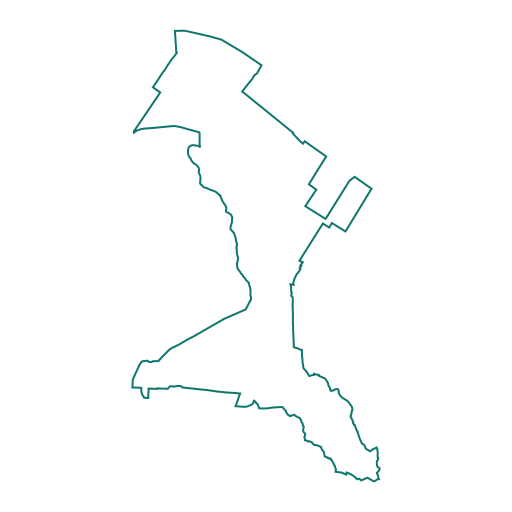 outline of Jijila, Tulcea, Romania
{"feature_id": "2599482B36076163507486", "entity_name": "Jijila", "entity_type": "district", "adm_level": 2, "iso_a3": "ROU", "parent_name": "Romania", "parent_adm1": "Tulcea", "projection": "mercator", "projection_center": [28.171, 45.34], "detail": "fine", "context": "isolated", "style": "outline", "palette": "teal", "viewbox_px": 512, "rotation_deg": 0, "n_neighbors": 0, "source": "geoboundaries", "source_scale": "gbopen_adm2", "svg_char_len": 6076}
<svg xmlns="http://www.w3.org/2000/svg" viewBox="0 0 512 512"><path d="M261.5,65.3L242.3,52.1L221.3,39.6L209.9,36.4L184.6,30.7L174.9,30.9L175.8,44.5L176.0,46.4L176.2,51.7L176.9,52.7L175.3,54.9L171.0,60.3L167.4,65.7L165.2,69.4L162.5,72.8L158.3,79.3L152.9,87.3L160.2,92.4L157.3,96.9L133.9,131.3L134.0,132.6L136.7,130.6L142.0,128.9L144.1,128.6L153.5,127.9L171.4,126.2L174.6,126.0L180.6,127.1L188.2,129.3L198.9,132.2L199.3,132.6L199.6,133.2L199.6,133.9L199.6,144.2L199.7,145.4L200.1,146.7L199.7,146.9L199.2,146.2L198.8,146.0L193.0,145.1L191.8,145.3L190.0,146.1L188.9,147.2L188.2,149.0L188.0,149.8L188.1,153.6L188.7,156.2L189.1,156.8L190.4,158.0L190.6,158.4L190.9,159.5L192.6,162.2L194.2,163.6L196.1,164.7L197.5,166.2L198.5,167.5L198.8,168.2L199.0,170.2L199.0,170.8L198.8,171.6L198.8,172.7L200.4,176.2L200.4,180.1L200.1,182.0L200.1,183.4L200.9,184.6L201.8,185.3L202.7,186.4L203.9,187.3L206.8,188.1L210.5,189.9L214.0,191.0L215.5,191.7L216.9,192.7L218.6,194.3L220.4,195.6L220.2,196.1L220.7,196.8L222.3,200.8L225.5,205.8L225.8,206.1L226.4,208.1L226.3,209.1L225.9,210.7L226.0,211.7L228.7,213.0L231.0,214.7L231.4,215.3L231.5,215.9L232.2,217.2L232.3,217.7L232.1,218.5L232.0,219.7L232.0,221.3L231.8,222.6L230.6,226.7L230.4,228.4L230.7,229.4L233.2,232.1L234.0,233.2L234.8,235.4L235.7,238.4L235.9,240.6L236.7,242.7L237.0,243.9L237.0,244.7L236.9,245.9L236.5,246.3L236.4,247.0L236.7,249.5L236.7,250.3L236.9,251.9L236.8,252.8L237.4,255.7L237.9,257.1L238.1,258.6L238.0,259.5L237.5,261.2L237.3,262.7L236.8,263.8L237.5,268.4L237.7,268.8L240.1,271.8L240.9,273.4L241.9,274.3L243.6,277.0L244.9,278.3L246.6,280.7L248.5,282.4L250.2,288.3L250.6,291.7L250.4,293.9L250.5,295.7L250.8,296.4L251.1,298.4L250.7,300.5L250.3,300.8L249.7,301.2L249.7,301.9L245.9,309.0L245.8,309.4L224.2,318.8L193.1,336.7L188.9,338.8L182.2,342.6L180.8,343.6L174.5,346.8L173.0,347.4L170.4,349.0L169.0,350.0L160.5,358.6L160.3,359.1L159.4,359.5L159.2,359.9L159.3,360.1L158.5,360.9L158.0,361.1L156.5,361.2L154.5,361.1L153.7,361.3L153.0,361.2L151.5,362.0L150.8,362.1L149.0,361.9L147.7,360.9L147.1,360.7L143.5,361.1L142.5,361.5L141.7,361.5L139.6,364.6L132.8,379.5L132.4,387.5L141.3,387.8L141.2,389.8L141.8,393.9L144.3,397.8L148.2,398.0L148.6,388.6L157.1,388.9L157.2,388.4L167.7,388.8L168.7,387.7L169.3,387.2L170.0,386.2L172.8,386.3L173.3,386.6L175.0,386.5L177.7,385.9L180.0,386.0L181.8,386.6L182.3,387.1L182.4,387.5L208.1,390.2L217.8,391.6L222.2,392.0L226.5,392.5L236.1,393.0L237.3,393.3L240.1,393.5L235.6,406.2L243.9,406.8L244.9,406.8L247.2,406.5L249.1,405.6L250.6,405.2L251.7,404.6L252.9,403.5L253.3,402.8L253.6,402.3L253.8,400.9L254.1,400.6L254.5,400.9L255.8,402.4L257.8,404.6L258.8,407.4L259.2,408.3L264.8,408.5L268.9,408.1L271.9,407.6L281.0,407.0L282.9,407.3L283.1,407.9L285.8,410.9L286.3,412.5L288.0,414.9L290.2,416.2L290.8,415.6L292.4,415.5L294.3,414.7L295.3,415.7L297.7,417.3L299.1,417.6L299.6,417.9L300.9,419.8L301.6,422.3L302.3,423.1L302.7,423.8L302.9,424.3L302.7,425.5L303.3,425.9L303.7,426.7L303.7,427.5L303.3,428.9L303.1,431.0L303.5,431.8L305.3,434.1L304.9,435.6L304.4,436.9L304.7,438.6L305.0,439.5L304.9,440.3L305.3,440.4L306.0,440.4L306.8,440.6L308.0,441.6L309.2,441.2L310.0,441.5L312.0,442.5L313.2,444.1L314.2,445.0L316.1,445.1L317.9,445.6L320.2,446.5L321.2,447.3L321.5,448.5L322.0,449.5L323.8,451.9L324.3,454.0L324.5,455.9L324.8,456.5L325.8,457.1L326.7,457.2L327.7,457.5L327.9,458.2L328.5,458.5L329.0,458.5L329.7,458.2L330.2,458.7L330.9,458.8L331.1,459.0L331.1,459.8L332.0,460.6L332.6,461.7L332.9,462.5L333.6,463.5L334.0,464.8L334.9,465.8L335.2,467.4L335.7,469.1L336.0,469.5L335.6,471.8L341.8,472.6L346.1,474.6L346.7,472.5L350.3,474.0L352.7,475.4L354.9,477.0L357.1,479.3L357.5,479.2L358.4,478.7L359.3,478.8L359.8,479.0L360.9,480.4L361.5,480.3L367.3,477.8L368.0,478.0L373.1,481.0L374.0,481.3L374.8,481.2L377.1,479.5L378.2,479.1L378.8,479.1L378.5,478.6L378.1,475.7L377.9,475.0L377.1,473.9L376.9,473.2L376.9,472.9L379.0,470.6L379.6,469.2L379.6,468.2L378.7,467.6L377.7,467.1L377.0,465.5L377.0,465.1L376.8,463.2L376.8,461.6L376.9,461.1L377.8,460.2L377.9,459.4L378.3,458.4L378.1,458.3L377.6,457.3L377.7,456.0L377.6,454.2L377.8,453.6L377.3,449.2L376.7,448.3L376.6,447.5L375.5,448.0L374.8,448.5L373.0,449.1L372.1,450.1L370.2,451.0L369.6,451.2L369.3,450.7L366.3,449.1L365.5,448.0L365.2,447.0L364.1,444.9L362.0,443.5L361.6,443.1L361.0,441.1L360.4,440.2L359.3,437.5L359.1,436.6L358.6,435.5L358.5,434.7L358.2,434.1L358.0,433.1L357.7,432.5L357.5,431.5L356.6,430.4L356.5,429.9L356.2,429.1L356.1,428.7L355.2,426.4L355.0,425.4L354.9,425.2L354.3,425.2L353.9,424.9L353.8,424.2L353.4,423.7L352.9,422.8L353.2,422.1L353.2,421.4L352.2,420.0L352.0,419.2L351.5,418.6L351.4,418.0L350.7,417.2L350.8,416.4L350.6,416.0L350.7,415.5L351.0,415.2L351.4,413.4L351.7,413.0L351.6,412.1L351.8,411.1L352.0,410.5L352.4,410.2L352.4,409.4L352.3,408.2L352.0,407.3L351.1,405.6L348.2,401.7L347.0,400.6L342.3,397.7L340.5,395.9L339.6,394.6L338.8,393.1L338.7,392.4L338.7,390.9L338.6,390.5L338.2,389.6L337.9,389.2L336.8,389.0L335.4,389.2L333.9,390.2L331.6,390.8L331.0,390.9L330.6,390.6L330.4,390.2L330.0,388.3L329.8,387.6L328.5,385.8L328.3,384.8L328.1,383.6L327.7,382.6L325.1,378.5L318.9,375.8L318.9,375.0L317.6,374.7L316.3,374.6L314.0,373.8L314.0,374.8L310.8,375.5L309.5,376.1L308.8,375.6L307.9,373.7L306.8,371.9L304.1,368.9L303.4,368.0L303.3,367.7L303.1,364.6L302.6,363.2L302.4,359.2L302.0,355.4L301.9,350.0L301.4,350.0L297.5,348.4L295.7,347.9L293.7,347.1L293.8,345.2L293.1,329.6L293.2,327.8L292.9,323.4L292.9,313.3L292.6,305.9L292.8,301.1L292.7,297.6L292.3,296.7L291.4,296.1L291.2,295.5L291.8,292.7L291.1,291.3L291.2,287.9L290.5,284.3L292.2,284.7L293.6,284.8L293.2,283.0L294.2,279.4L296.9,273.8L297.7,273.2L299.7,270.3L300.5,268.8L299.7,267.9L301.2,266.0L300.4,265.5L302.8,262.3L299.4,260.8L322.9,223.5L329.2,227.5L331.9,223.0L345.5,231.5L371.5,188.7L354.6,176.8L349.5,180.7L325.6,218.9L305.3,206.2L316.3,189.7L308.9,184.3L318.3,169.0L326.2,156.5L304.7,141.3L302.9,143.7L298.8,140.0L292.9,133.5L293.2,133.0L292.9,132.6L242.2,91.5L250.2,81.3L251.1,80.5L252.6,78.4L253.9,75.9L255.6,74.3L256.9,73.6L261.5,65.3Z" fill="none" stroke="#0f766e" stroke-width="2"/></svg>